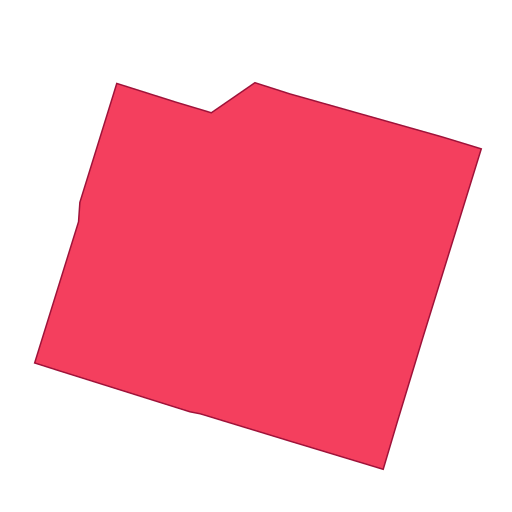 Panola, Mississippi, United States of America, rotated 107°
{"feature_id": "52423323B80158894867662", "entity_name": "Panola", "entity_type": "district", "adm_level": 2, "iso_a3": "USA", "parent_name": "United States of America", "parent_adm1": "Mississippi", "projection": "equal_earth", "projection_center": [-89.93, 34.357], "detail": "fine", "context": "isolated", "style": "filled", "palette": "rose", "viewbox_px": 512, "rotation_deg": 107, "n_neighbors": 0, "source": "geoboundaries", "source_scale": "gbopen_adm2", "svg_char_len": 414}
<svg xmlns="http://www.w3.org/2000/svg" viewBox="0 0 512 512"><g transform="rotate(107 256 256)"><path d="M423.3,409.3L424.3,273.6L423.2,263.2L423.1,170.5L423.1,168.3L422.8,72.0L373.1,72.4L323.5,72.5L286.4,72.6L87.7,71.9L87.7,112.3L91.1,271.5L90.6,307.7L132.1,340.6L132.3,378.1L131.7,439.6L143.2,439.6L256.2,440.1L275.2,435.7L423.0,436.4L423.3,409.3Z" fill="#f43f5e" stroke="#9f1239" stroke-width="1.5"/></g></svg>